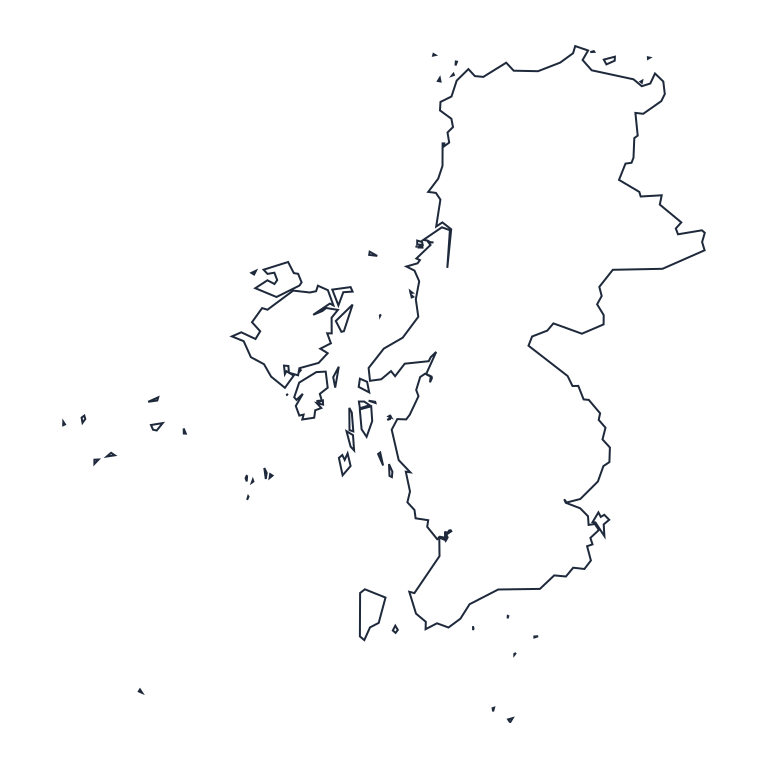 the district of Belitung, Bangka-Belitung, Indonesia
{"feature_id": "22746128B80009106787015", "entity_name": "Belitung", "entity_type": "district", "adm_level": 2, "iso_a3": "IDN", "parent_name": "Indonesia", "parent_adm1": "Bangka-Belitung", "projection": "robinson", "projection_center": [107.612, -2.94], "detail": "fine", "context": "isolated", "style": "outline", "palette": "slate", "viewbox_px": 768, "rotation_deg": 0, "n_neighbors": 0, "source": "geoboundaries", "source_scale": "gbopen_adm2", "svg_char_len": 6117}
<svg xmlns="http://www.w3.org/2000/svg" viewBox="0 0 768 768"><path d="M663.3,81.5L655.0,73.5L650.3,83.5L641.8,86.2L633.5,79.3L591.7,70.3L582.6,60.0L588.1,50.5L575.2,46.1L573.1,53.2L560.2,62.6L538.0,71.2L513.7,70.7L506.2,62.7L483.3,76.9L474.9,76.1L468.4,69.1L456.7,80.6L451.5,96.5L440.5,101.9L440.0,110.4L451.4,118.8L453.0,127.1L447.5,132.5L449.2,142.6L443.8,146.5L444.3,143.4L442.6,143.4L442.5,165.9L438.2,178.7L428.2,191.9L435.9,192.9L440.4,199.6L436.2,226.5L442.4,222.4L451.2,229.3L447.3,267.9L449.9,230.2L441.9,227.3L423.2,240.0L427.4,240.5L430.4,242.2L433.5,242.4L429.9,242.5L427.4,241.0L430.5,245.0L416.4,258.5L419.9,260.1L417.6,263.3L406.4,266.5L414.5,270.6L419.2,281.3L415.8,299.3L418.3,316.8L402.7,337.7L383.8,348.6L368.6,368.0L370.0,380.8L381.2,379.3L391.0,371.1L395.1,376.2L404.7,363.7L428.7,361.2L430.7,357.2L436.2,351.9L426.2,374.0L431.6,376.6L431.9,378.2L430.0,382.3L430.7,376.6L425.1,373.7L420.2,377.0L416.2,390.0L418.5,396.2L409.7,414.8L406.2,419.4L397.3,419.1L391.7,429.7L398.7,460.1L410.3,472.3L405.8,471.7L410.0,491.5L407.4,502.3L414.5,510.0L415.6,518.3L428.2,520.2L427.2,526.8L437.2,539.2L439.9,536.7L445.4,537.8L445.7,540.1L447.2,537.6L445.1,537.1L445.0,532.3L445.8,532.0L447.0,533.6L449.0,530.6L450.6,530.2L451.3,531.2L447.1,534.1L445.5,532.6L447.6,537.4L446.0,540.4L439.3,537.5L439.5,556.1L414.4,593.1L409.3,591.8L416.0,613.6L425.8,621.8L425.6,629.2L437.0,623.3L448.5,627.5L460.4,618.7L469.6,604.2L498.2,589.5L539.9,588.9L554.2,575.4L565.9,576.5L573.2,567.7L584.4,569.0L590.9,560.5L587.1,546.2L592.5,544.4L590.4,537.9L598.9,530.0L594.8,524.0L588.6,524.9L588.0,516.2L580.2,508.3L565.8,502.8L564.2,499.3L566.7,502.5L580.3,499.0L597.9,481.5L603.4,466.1L609.4,462.1L609.9,447.5L602.5,439.4L605.5,427.7L598.7,419.9L600.1,413.3L588.8,399.9L583.6,399.4L578.3,385.9L572.5,386.0L567.6,376.0L528.5,345.7L532.1,336.5L547.3,330.6L553.4,323.4L581.9,333.7L603.6,324.4L603.7,315.1L597.1,304.3L601.7,296.0L599.3,286.9L612.8,269.8L662.5,268.8L704.6,250.3L702.1,242.0L704.8,232.8L701.9,230.3L678.0,234.3L675.8,228.5L681.3,222.4L659.8,204.6L661.7,195.3L640.7,196.5L639.3,191.9L619.0,179.9L625.5,163.6L631.5,162.8L633.5,157.7L634.3,138.1L637.7,135.6L635.4,112.9L643.2,113.8L661.3,101.1L664.8,94.0L663.3,81.5ZM327.9,290.2L317.9,285.7L316.1,291.2L309.8,292.5L293.2,290.6L267.5,309.7L262.1,308.1L252.0,322.2L260.2,331.3L255.5,339.0L241.3,332.3L231.9,336.4L243.7,341.2L250.9,357.2L264.0,364.2L271.1,376.6L284.9,387.8L293.7,375.6L286.4,371.2L284.9,374.0L284.0,365.6L288.4,366.0L288.9,372.7L298.1,375.3L299.4,368.2L318.6,362.9L327.7,353.2L320.3,348.7L330.9,343.3L327.2,333.3L331.7,333.4L331.6,317.7L337.9,309.9L326.2,308.0L322.4,311.0L313.2,314.8L329.8,303.6L333.4,305.4L327.9,290.2ZM325.7,371.6L316.3,372.1L299.2,382.6L294.2,397.3L296.5,399.9L302.8,393.8L295.8,405.9L299.3,415.6L303.6,414.6L302.3,419.5L314.2,417.7L315.2,410.3L321.3,408.0L316.8,403.2L323.1,404.6L322.9,400.5L319.6,401.8L316.5,401.0L321.8,400.5L319.8,393.9L327.7,387.7L325.7,371.6ZM288.1,262.0L263.6,269.7L267.5,273.9L274.4,272.7L277.2,280.1L274.5,284.0L267.4,280.3L255.3,288.2L276.5,297.0L299.4,285.6L301.6,282.4L298.1,273.8L293.8,273.1L288.1,262.0ZM364.9,589.3L360.1,593.0L359.9,636.4L364.3,640.1L370.0,627.4L378.7,622.9L385.5,597.6L364.9,589.3ZM371.2,406.3L359.8,409.4L361.6,429.3L366.6,436.8L372.2,421.1L371.2,406.3ZM347.6,453.4L344.7,459.9L342.3,455.0L338.9,457.9L342.6,475.3L350.6,466.0L347.6,453.4ZM600.8,516.9L598.4,512.4L592.6,522.1L595.4,522.4L604.4,536.1L603.7,524.4L609.2,519.8L604.3,514.8L600.8,516.9ZM350.6,287.1L332.3,289.6L338.4,305.4L343.3,292.2L352.6,291.6L350.6,287.1ZM352.6,304.6L335.8,321.0L341.4,331.8L343.9,331.2L352.6,304.6ZM359.9,378.7L358.7,386.9L369.2,392.4L367.1,381.8L359.9,378.7ZM353.3,431.4L351.8,412.6L349.3,407.9L349.5,430.1L353.3,431.4ZM354.1,450.4L353.0,435.1L346.5,431.2L350.6,446.6L354.1,450.4ZM335.2,387.6L338.8,366.7L333.2,377.2L335.2,387.6ZM614.9,56.7L603.8,59.6L606.4,64.4L614.7,60.7L614.9,56.7ZM162.7,423.1L151.0,425.0L153.0,429.7L156.7,430.5L162.7,423.1ZM358.9,401.5L359.9,408.3L369.6,405.2L364.1,401.5L358.9,401.5ZM383.1,465.5L380.2,452.5L378.1,454.0L383.1,465.5ZM391.9,477.1L392.4,471.7L389.0,464.1L389.5,475.9L391.9,477.1ZM106.8,456.5L114.8,455.3L111.1,452.8L106.8,456.5ZM148.2,401.8L157.3,400.5L158.2,397.3L148.2,401.8ZM395.3,625.7L392.8,630.5L395.6,632.9L397.8,629.9L395.3,625.7ZM377.2,255.9L369.7,251.7L369.2,254.9L377.2,255.9ZM82.5,422.8L85.3,419.0L84.3,415.6L81.6,417.6L82.5,422.8ZM94.4,463.9L98.6,459.5L94.4,459.7L94.4,463.9ZM266.7,472.8L264.3,468.0L265.8,479.0L266.7,472.8ZM417.2,240.6L417.2,244.5L422.7,244.9L422.1,242.0L417.2,240.6ZM375.2,401.8L368.6,400.7L375.5,403.0L375.2,401.8ZM269.6,478.0L272.5,475.6L270.2,474.1L269.6,478.0ZM138.8,691.4L142.2,692.9L140.0,689.5L138.8,691.4ZM185.8,433.6L183.7,428.5L183.8,433.5L185.8,433.6ZM510.4,721.9L512.7,718.1L508.1,719.4L509.7,721.8L510.4,721.9ZM254.1,274.5L256.0,270.7L251.4,272.9L254.1,274.5ZM534.4,637.5L538.1,636.2L534.3,636.5L534.4,637.5ZM439.8,77.9L437.9,81.0L440.5,81.5L439.8,77.9ZM455.5,65.5L457.0,61.7L455.8,61.5L455.5,65.5ZM493.1,711.4L494.1,707.7L492.6,708.2L493.1,711.4ZM63.2,425.2L65.0,424.4L63.3,421.7L63.2,425.2ZM422.5,247.6L422.2,245.1L417.6,247.5L422.5,247.6ZM593.8,51.1L590.3,52.1L594.3,51.9L593.8,51.1ZM387.3,419.9L390.1,419.0L390.4,417.7L387.3,419.9ZM246.7,481.4L247.1,476.2L246.6,475.9L245.6,478.1L246.7,481.4ZM412.4,292.8L410.1,291.0L410.5,293.0L412.4,292.8ZM473.1,630.1L473.5,628.6L473.0,626.2L473.1,630.1ZM648.0,58.8L649.9,57.7L647.9,57.3L648.0,58.8ZM251.8,482.6L253.4,481.5L252.8,479.8L251.8,482.6ZM413.2,296.8L411.1,294.9L411.7,297.4L413.2,296.8ZM641.8,82.7L642.2,80.7L640.5,81.7L641.8,82.7ZM451.9,75.7L453.9,75.0L453.4,73.8L451.9,75.7ZM514.3,655.0L515.9,653.0L514.3,654.0L514.3,655.0ZM299.0,372.3L300.8,370.2L300.1,369.5L299.0,372.3ZM435.4,55.1L433.5,54.0L433.1,55.6L435.4,55.1ZM247.1,499.9L248.5,496.6L248.2,496.2L247.1,499.9ZM391.2,417.5L390.0,415.6L388.6,416.4L391.2,417.5ZM507.6,618.4L508.3,616.1L507.8,615.9L507.6,618.4ZM416.7,247.3L416.4,245.7L416.4,246.9L416.7,247.3ZM379.9,315.4L380.0,316.2L380.8,314.5L379.9,315.4ZM286.3,395.2L286.8,395.1L287.9,393.9L286.3,395.2Z" fill="none" stroke="#1e293b" stroke-width="2"/></svg>